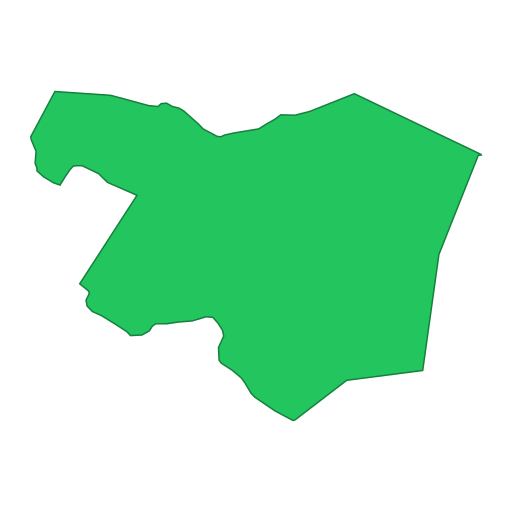 Bissee, Castries, Saint Lucia
{"feature_id": "8701671B13263124861718", "entity_name": "Bissee", "entity_type": "district", "adm_level": 2, "iso_a3": "LCA", "parent_name": "Saint Lucia", "parent_adm1": "Castries", "projection": "orthographic", "projection_center": [-60.976, 14.022], "detail": "fine", "context": "isolated", "style": "filled", "palette": "green", "viewbox_px": 512, "rotation_deg": 0, "n_neighbors": 0, "source": "geoboundaries", "source_scale": "gbopen_adm2", "svg_char_len": 1425}
<svg xmlns="http://www.w3.org/2000/svg" viewBox="0 0 512 512"><path d="M481.3,155.0L481.0,154.4L448.8,139.0L355.6,94.3L354.3,93.7L309.8,111.4L303.6,113.0L299.8,113.9L297.6,114.5L295.3,115.2L291.1,115.1L280.8,114.8L274.8,119.3L265.9,124.3L258.7,128.9L245.8,131.0L242.3,131.6L233.7,133.0L226.7,134.6L224.4,135.1L223.6,135.5L220.8,136.8L217.2,136.4L205.0,129.9L203.1,128.9L198.3,123.9L183.8,111.0L178.9,108.1L175.3,107.2L172.5,106.5L166.4,103.1L165.0,103.3L161.2,103.6L160.2,104.5L158.0,106.5L148.7,105.6L112.5,95.8L110.5,95.3L54.9,91.5L30.7,136.8L31.3,139.9L35.3,149.5L36.1,151.4L35.4,159.5L35.3,160.6L35.2,161.8L35.1,163.3L36.7,167.4L37.0,169.0L37.0,170.9L40.0,173.6L43.9,177.1L45.9,178.2L53.5,182.8L54.1,183.0L60.0,185.1L64.1,178.5L66.4,174.9L67.1,173.9L70.4,169.2L73.3,166.1L77.0,165.7L81.9,165.7L82.5,165.9L98.7,173.7L103.5,178.5L107.4,182.3L109.1,183.1L109.8,183.4L137.0,195.3L79.7,283.8L80.8,284.7L88.3,290.8L89.4,293.2L86.0,300.3L87.2,306.2L92.3,311.5L101.4,315.6L115.7,324.4L126.6,331.5L130.6,335.6L142.0,335.0L149.4,330.9L152.3,326.2L155.7,323.8L166.6,323.8L178.0,322.1L192.3,320.9L206.0,316.8L212.8,317.3L218.0,323.2L222.5,330.3L223.7,336.2L218.5,347.4L219.1,360.3L221.4,363.3L232.3,370.3L241.4,378.0L244.8,382.7L248.3,388.6L251.1,393.3L255.1,397.4L275.1,411.0L293.0,420.5L295.2,419.8L346.7,380.3L400.9,373.3L422.7,370.5L438.9,254.5L478.3,155.3L481.3,155.0Z" fill="#22c55e" stroke="#15803d" stroke-width="1.5"/></svg>